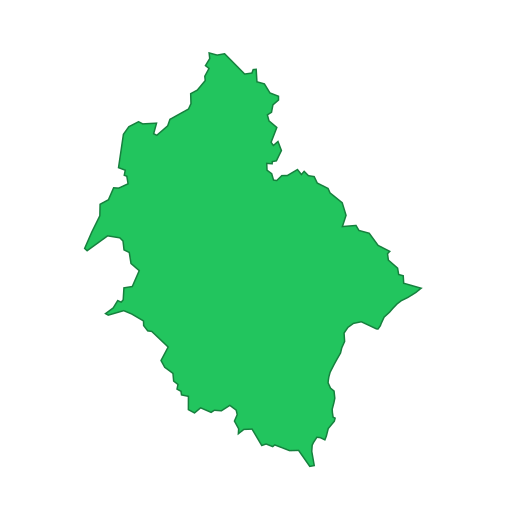 outline of Berovo, Berovo, North Macedonia, rotated 20°
{"feature_id": "65306769B82535052466784", "entity_name": "Berovo", "entity_type": "district", "adm_level": 2, "iso_a3": "MKD", "parent_name": "North Macedonia", "parent_adm1": "Berovo", "projection": "orthographic", "projection_center": [22.828, 41.67], "detail": "fine", "context": "isolated", "style": "filled", "palette": "green", "viewbox_px": 512, "rotation_deg": 20, "n_neighbors": 0, "source": "geoboundaries", "source_scale": "gbopen_adm2", "svg_char_len": 2340}
<svg xmlns="http://www.w3.org/2000/svg" viewBox="0 0 512 512"><g transform="rotate(20 256 256)"><path d="M222.5,98.2L213.3,98.0L205.0,91.4L197.3,92.0L192.3,80.5L189.6,81.8L189.6,85.5L183.1,88.9L157.3,76.7L150.8,80.5L142.5,81.2L145.0,86.3L143.4,94.4L147.7,95.8L146.4,104.6L148.3,108.5L144.1,120.2L139.1,125.8L142.8,135.1L142.3,141.0L128.4,157.0L128.5,163.9L121.5,176.5L118.0,176.1L117.1,165.2L104.4,170.6L99.7,170.0L92.3,178.0L89.8,187.0L96.6,220.0L103.8,220.1L104.6,225.2L107.3,225.2L111.1,231.9L103.7,239.2L98.9,240.6L98.1,253.6L91.8,260.7L95.5,271.6L93.5,289.8L92.4,307.5L95.5,308.8L109.7,287.8L121.8,285.5L125.9,287.4L129.9,295.4L135.7,296.0L141.1,305.8L151.3,309.7L150.2,327.0L142.8,331.1L146.2,342.6L145.1,345.5L141.3,345.2L139.6,353.6L134.3,361.6L137.4,362.1L150.4,352.6L159.0,353.0L172.5,355.5L174.2,359.8L179.9,363.4L183.8,362.5L204.6,371.6L202.5,386.7L208.3,391.8L218.1,394.7L221.4,401.7L226.6,403.4L227.3,408.1L231.8,408.8L233.5,412.0L240.5,411.0L245.0,423.5L251.9,424.5L255.9,417.6L267.3,418.3L269.6,415.2L276.4,413.3L282.5,405.3L290.1,407.6L292.6,411.5L292.2,418.5L298.8,424.3L300.2,429.0L303.9,423.1L311.5,420.0L326.2,432.1L329.8,429.2L336.9,429.4L338.2,427.1L354.1,427.4L362.5,424.1L378.5,435.3L382.4,433.0L375.2,420.5L373.5,414.6L373.8,411.6L375.2,405.5L378.5,404.7L383.6,405.2L383.7,401.3L382.9,393.4L386.1,384.5L385.8,381.3L383.6,381.1L381.3,376.9L380.0,373.9L379.4,367.4L378.7,362.7L375.5,356.2L371.2,354.7L367.1,350.5L366.5,348.2L365.8,344.7L365.4,339.9L366.5,331.0L367.5,324.6L368.6,318.3L368.3,315.6L368.0,312.9L368.5,306.0L365.1,298.3L366.8,291.6L370.6,286.0L377.4,281.8L385.7,282.5L394.0,283.3L395.6,282.9L396.7,279.0L396.7,276.7L397.3,269.6L400.7,263.1L402.5,258.4L405.0,252.7L407.8,248.3L412.8,243.1L418.7,235.6L421.3,231.2L422.2,229.8L404.1,231.1L401.1,224.2L396.4,224.6L393.2,219.0L381.8,214.6L378.8,208.9L380.1,205.9L367.1,204.3L354.6,195.9L344.0,196.8L339.5,193.1L327.1,198.8L326.7,187.0L318.8,176.5L304.0,171.4L300.6,167.9L288.6,166.5L283.5,161.5L277.8,162.6L272.3,160.0L270.8,163.9L265.4,160.6L257.9,169.7L252.8,171.6L249.7,178.0L246.5,178.7L242.6,173.3L237.0,171.6L234.4,165.3L239.6,163.8L239.0,161.7L242.6,159.6L243.8,148.2L237.5,140.9L234.5,146.2L231.3,144.0L231.6,128.1L222.0,124.6L218.4,119.5L221.4,115.6L220.2,108.2L223.8,101.7L222.5,98.2Z" fill="#22c55e" stroke="#15803d" stroke-width="1.5"/></g></svg>